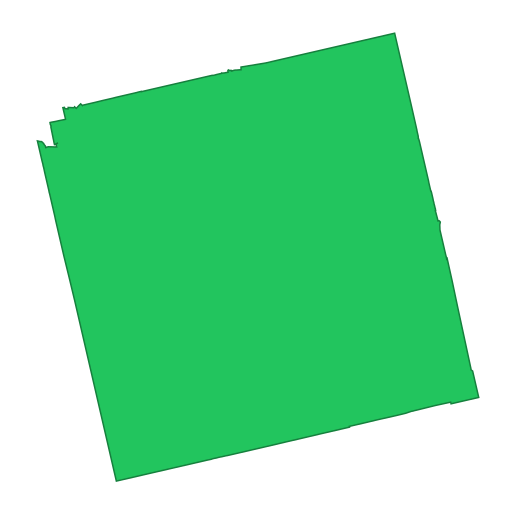 the district of Capital, Córdoba, Argentina, rotated 347°
{"feature_id": "61730980B11086319733728", "entity_name": "Capital", "entity_type": "district", "adm_level": 2, "iso_a3": "ARG", "parent_name": "Argentina", "parent_adm1": "Córdoba", "projection": "mercator", "projection_center": [-64.197, -31.416], "detail": "fine", "context": "isolated", "style": "filled", "palette": "green", "viewbox_px": 512, "rotation_deg": 347, "n_neighbors": 0, "source": "geoboundaries", "source_scale": "gbopen_adm2", "svg_char_len": 4511}
<svg xmlns="http://www.w3.org/2000/svg" viewBox="0 0 512 512"><g transform="rotate(347 256 256)"><path d="M68.9,164.0L68.9,164.5L68.9,164.8L68.9,166.3L68.9,168.0L68.9,171.9L68.8,175.9L68.8,180.0L68.8,184.1L68.8,212.5L69.1,235.2L69.3,257.8L69.3,291.2L69.3,323.2L69.3,346.3L69.3,362.5L69.3,387.4L69.3,416.7L69.3,443.9L98.7,443.9L103.2,443.9L103.4,443.9L122.2,443.9L162.0,443.9L166.6,444.0L168.3,443.8L170.1,443.8L171.7,443.9L173.9,443.8L175.7,443.8L177.3,443.9L179.3,443.9L181.9,443.9L182.3,443.9L182.5,443.9L182.7,444.0L182.8,444.0L190.2,444.0L207.8,444.0L217.7,444.0L243.0,443.9L257.9,443.9L277.3,443.8L299.3,443.8L308.6,443.8L308.6,443.0L324.8,443.0L337.4,442.9L356.6,443.0L366.5,442.9L372.5,442.3L374.2,442.4L375.5,442.3L377.1,442.3L378.7,442.3L384.6,442.2L390.7,442.1L397.1,442.0L412.8,442.2L412.8,443.9L425.1,443.9L441.2,443.9L441.2,431.2L441.2,417.3L441.2,416.8L440.0,415.4L440.1,413.3L441.0,351.3L441.2,340.2L441.5,325.5L441.7,301.3L441.1,301.7L441.2,300.9L441.1,297.4L441.1,272.0L442.1,266.9L443.2,264.4L443.1,264.2L443.0,263.9L442.9,263.7L442.7,263.4L442.6,263.2L442.4,263.1L442.3,262.9L442.2,262.9L441.9,262.8L441.9,262.7L441.7,262.7L441.4,262.7L441.2,262.7L441.2,260.4L441.0,253.6L440.9,252.1L441.1,252.0L441.2,251.9L441.3,251.9L441.3,251.2L441.3,250.9L441.4,250.3L441.3,249.8L441.3,248.7L441.3,248.2L441.3,247.8L441.3,246.8L441.2,245.3L441.3,243.6L441.2,242.1L441.3,239.8L441.3,238.7L441.3,236.6L441.3,235.2L441.3,233.8L441.2,232.1L440.9,232.0L440.9,229.0L440.9,226.2L440.9,223.4L441.0,221.8L441.0,219.9L441.0,218.2L441.0,216.4L441.0,214.7L441.0,212.9L441.0,210.2L441.0,208.5L441.0,205.8L441.0,205.6L441.0,203.8L441.0,202.0L441.0,200.5L441.0,199.1L441.0,198.4L441.0,196.7L441.0,195.0L441.0,193.6L441.0,192.3L441.0,190.7L441.0,189.4L441.0,188.0L441.0,186.6L441.0,185.3L441.0,183.9L441.0,182.6L441.0,181.6L440.9,179.1L440.9,178.6L440.7,178.3L440.5,178.1L440.7,177.6L440.9,176.3L441.0,175.6L441.0,175.0L441.0,172.3L441.0,169.8L441.1,169.7L441.2,145.0L441.2,118.8L441.2,97.8L441.2,70.1L425.1,70.1L411.6,70.1L408.9,70.1L400.7,70.1L392.7,70.1L385.7,70.1L376.5,70.1L372.4,70.1L370.5,70.1L366.8,70.1L360.4,70.1L353.6,70.1L348.2,70.1L337.0,70.1L325.4,70.1L309.4,70.1L308.7,70.1L283.9,68.5L283.3,71.2L282.3,71.0L281.3,70.8L280.6,70.7L278.6,70.4L277.2,70.1L276.8,70.2L276.7,70.2L276.1,70.1L275.2,70.2L274.8,70.2L274.7,70.2L274.4,70.3L274.2,70.4L273.9,70.4L273.7,70.3L273.7,70.2L273.8,69.8L273.8,69.7L273.7,69.6L272.8,69.4L271.9,69.3L271.8,69.1L271.5,69.1L271.2,68.8L271.0,68.5L270.4,68.8L270.4,69.2L270.2,69.6L270.1,70.2L270.1,70.7L268.7,70.6L267.1,70.5L266.8,70.6L265.6,70.4L264.3,70.3L263.9,69.9L263.5,70.3L262.0,70.3L261.4,70.3L259.1,70.3L258.0,70.3L257.1,70.4L256.4,70.4L255.8,70.4L255.0,70.4L253.7,70.1L250.6,70.1L247.5,70.1L244.4,70.1L241.3,70.1L236.6,70.1L233.5,70.1L230.4,70.1L227.3,70.1L224.2,70.1L221.1,70.1L218.0,70.1L213.3,70.1L210.2,70.1L207.1,70.1L202.5,70.1L201.0,70.1L200.5,70.1L198.7,70.1L194.0,70.1L190.8,70.1L186.1,70.1L182.9,70.1L181.3,70.1L181.3,69.8L179.6,69.8L178.0,69.8L176.4,69.9L174.7,69.9L173.0,69.9L171.4,69.9L160.7,69.9L155.3,69.9L151.9,70.0L141.8,70.0L133.6,70.1L121.1,70.1L120.7,70.4L119.4,68.3L116.8,69.9L115.5,70.8L114.0,71.7L112.8,69.8L112.7,69.9L111.8,70.6L110.3,70.1L106.4,69.0L106.1,70.1L106.0,70.4L105.0,70.1L102.9,69.5L102.8,68.1L101.2,68.0L101.2,71.6L101.2,72.6L101.2,73.0L101.2,74.1L101.2,74.8L101.2,75.7L101.2,77.3L101.2,78.5L101.2,78.9L101.1,80.0L97.5,79.9L94.0,79.8L92.7,79.8L91.7,79.8L88.9,79.7L87.1,79.6L85.3,79.6L85.2,81.3L85.2,81.8L85.3,82.1L85.4,82.4L85.5,82.9L85.6,83.1L85.5,83.4L85.4,83.6L85.2,83.9L85.2,84.2L85.1,84.8L85.1,86.7L85.0,88.4L85.0,90.2L84.9,92.0L84.9,93.8L84.8,95.5L84.8,97.3L84.7,100.1L84.7,100.7L84.7,102.1L86.4,101.7L87.8,101.4L87.8,101.6L87.1,101.8L86.4,102.0L86.3,102.8L86.3,104.9L85.9,104.8L84.4,104.5L83.4,104.2L82.7,104.0L78.0,102.8L77.8,102.9L77.7,102.9L76.7,102.9L76.5,103.0L76.2,103.1L75.5,103.1L75.5,102.8L75.6,102.1L75.5,101.6L75.4,101.2L74.8,100.1L74.6,99.6L74.5,99.1L74.4,98.5L74.0,98.1L73.7,97.5L73.5,97.1L73.1,96.7L72.6,96.2L72.3,96.1L72.1,96.0L71.7,96.0L71.3,96.0L71.1,95.9L70.9,95.7L70.1,95.2L69.5,95.0L68.9,94.7L68.9,95.6L68.9,100.5L68.9,102.3L68.9,103.8L68.9,106.7L68.9,107.7L68.9,109.9L68.9,113.7L68.9,113.9L68.9,115.3L69.0,118.5L68.9,120.0L69.0,122.6L68.9,126.8L68.9,128.9L68.9,130.9L68.9,133.7L68.9,135.5L68.9,137.0L68.9,140.8L68.9,142.3L68.9,143.3L68.9,145.0L68.9,146.0L68.9,146.6L68.8,146.8L68.9,149.4L68.9,152.5L68.9,156.9L68.9,160.1L68.9,161.4L68.9,164.0Z" fill="#22c55e" stroke="#15803d" stroke-width="1.5"/></g></svg>